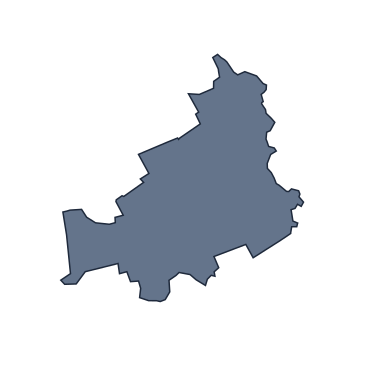 the district of Cumberland, Maine, United States of America, rotated 294°
{"feature_id": "52423323B1256829191477", "entity_name": "Cumberland", "entity_type": "district", "adm_level": 2, "iso_a3": "USA", "parent_name": "United States of America", "parent_adm1": "Maine", "projection": "natural_earth1", "projection_center": [-70.316, 43.849], "detail": "fine", "context": "isolated", "style": "filled", "palette": "slate", "viewbox_px": 384, "rotation_deg": 294, "n_neighbors": 0, "source": "geoboundaries", "source_scale": "gbopen_adm2", "svg_char_len": 1697}
<svg xmlns="http://www.w3.org/2000/svg" viewBox="0 0 384 384"><g transform="rotate(294 192 192)"><path d="M194.2,299.0L194.3,298.9L200.8,297.2L202.9,301.8L206.3,301.2L206.6,301.2L206.5,296.0L214.8,290.6L216.1,289.7L216.5,290.1L218.9,292.8L223.7,293.4L223.3,297.6L228.1,298.0L231.1,291.7L234.0,291.4L236.5,288.9L235.3,281.6L231.8,280.2L231.0,278.1L233.6,268.9L233.8,267.0L234.0,265.5L238.1,261.4L241.9,256.6L243.1,253.9L244.2,251.3L248.7,249.1L254.1,248.8L258.3,248.6L263.7,252.3L265.7,249.2L264.8,243.5L266.5,241.9L268.2,240.4L270.4,238.1L272.5,237.4L277.0,235.9L279.8,238.5L289.3,239.3L291.6,234.4L294.0,227.7L297.2,225.6L300.9,219.7L302.2,219.4L303.5,220.3L309.3,215.5L312.4,217.2L315.7,218.1L320.0,216.5L320.0,212.8L324.3,203.8L323.4,191.3L317.6,186.1L318.5,181.3L325.0,170.9L326.0,168.0L326.6,163.8L328.1,159.4L323.3,156.3L315.2,165.9L312.7,167.4L308.1,170.5L301.9,166.8L295.5,169.5L284.1,159.0L280.3,148.8L267.7,165.6L264.6,163.7L257.6,171.9L236.4,158.9L234.6,158.3L235.5,156.9L227.7,149.4L204.6,127.8L191.4,145.1L182.9,139.5L181.1,143.9L160.2,131.5L160.1,129.6L154.1,126.0L152.3,126.4L142.8,138.6L137.5,132.0L132.8,134.4L128.9,129.6L124.6,116.4L126.1,106.0L131.2,98.2L125.8,87.9L123.7,85.5L121.2,82.2L101.9,94.8L68.0,114.2L58.1,108.0L55.9,113.2L60.9,123.6L75.8,126.9L96.6,153.5L87.9,159.0L92.7,164.9L85.1,172.3L88.9,179.4L83.1,184.3L74.2,187.1L75.1,196.6L78.3,203.9L79.0,207.5L82.8,211.3L91.7,212.3L102.0,206.9L109.2,211.3L113.2,212.9L115.8,223.8L113.5,231.4L112.1,242.3L118.6,241.5L123.7,243.4L124.4,247.2L128.1,244.7L133.7,247.2L142.0,238.3L157.1,253.5L166.0,262.5L163.1,266.3L156.8,274.6L184.1,292.7L184.3,292.8L194.2,299.0Z" fill="#64748b" stroke="#1e293b" stroke-width="1.5"/></g></svg>